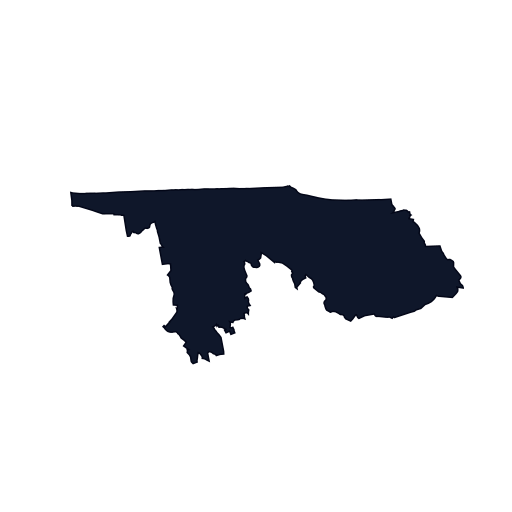 outline of Vega de Alatorre, Veracruz, Mexico, rotated 305°
{"feature_id": "50627088B59302189712162", "entity_name": "Vega de Alatorre", "entity_type": "district", "adm_level": 2, "iso_a3": "MEX", "parent_name": "Mexico", "parent_adm1": "Veracruz", "projection": "robinson", "projection_center": [-96.652, 19.993], "detail": "fine", "context": "isolated", "style": "filled", "palette": "ink", "viewbox_px": 512, "rotation_deg": 305, "n_neighbors": 0, "source": "geoboundaries", "source_scale": "gbopen_adm2", "svg_char_len": 6141}
<svg xmlns="http://www.w3.org/2000/svg" viewBox="0 0 512 512"><g transform="rotate(305 256 256)"><path d="M379.9,333.8L373.6,325.9L373.1,325.0L362.4,310.6L360.1,307.1L359.6,306.1L356.4,302.2L352.5,296.8L345.4,285.9L343.7,282.7L342.3,280.2L339.0,273.0L335.0,262.9L333.3,259.4L332.3,256.9L332.1,255.5L332.1,253.7L332.5,252.1L333.0,251.1L333.1,250.2L332.9,247.8L332.3,245.0L332.6,243.9L332.6,243.2L332.0,243.2L331.6,242.1L332.1,241.7L331.4,242.0L327.7,238.6L316.3,223.3L307.4,211.9L305.9,209.6L304.4,207.8L302.9,205.6L301.7,204.0L298.6,198.9L295.9,195.3L294.2,193.2L290.8,188.5L290.2,187.9L288.6,185.4L286.9,183.4L281.3,175.2L277.6,170.9L275.3,167.9L273.8,165.3L272.7,164.0L271.4,162.0L269.4,159.6L268.0,157.4L265.7,154.7L264.0,152.0L263.0,150.9L261.5,148.7L257.4,143.9L253.3,138.2L250.9,135.3L245.2,127.2L237.3,117.2L229.5,106.7L221.4,96.8L220.2,95.0L215.6,89.1L214.7,87.6L210.0,81.1L208.9,80.0L206.1,76.0L202.5,69.8L201.8,67.9L195.8,73.4L191.9,76.2L192.0,76.7L191.7,77.4L193.7,79.8L194.1,80.8L195.2,82.3L199.7,96.0L200.6,99.3L202.6,106.1L209.1,115.3L208.4,116.0L212.2,121.6L212.1,122.2L213.6,124.4L202.5,135.1L198.5,139.4L199.2,140.5L200.2,141.2L202.0,140.7L203.2,140.8L204.4,140.5L205.0,140.9L205.6,140.9L205.8,141.1L205.8,141.4L205.3,141.4L205.1,142.3L205.5,143.1L205.8,143.2L205.9,143.7L206.2,143.9L206.1,145.2L206.4,146.3L206.7,146.9L208.2,147.7L210.0,148.1L211.1,148.1L213.1,148.7L214.7,148.9L215.4,149.4L216.3,151.1L217.5,152.0L218.5,152.2L221.1,151.1L222.4,151.2L223.9,151.9L225.1,152.9L226.4,153.3L224.3,155.5L221.5,159.0L220.7,160.3L219.4,161.4L216.1,165.6L211.5,170.4L211.3,171.5L210.1,173.9L210.0,174.8L207.5,171.9L195.5,184.1L199.3,188.3L200.5,190.5L199.6,191.1L199.0,191.9L198.4,192.2L195.3,194.7L189.7,194.4L189.7,195.6L189.4,196.8L188.9,197.7L185.2,200.8L183.5,203.0L182.4,205.3L181.2,206.0L180.5,206.9L179.3,209.5L178.8,210.0L178.1,210.7L177.3,211.2L173.9,212.4L170.9,214.4L168.5,216.4L170.6,219.9L167.4,221.9L167.4,221.1L166.4,222.3L164.7,223.4L156.2,223.4L152.4,222.9L152.4,223.2L146.1,222.4L146.3,220.6L144.8,220.4L144.6,222.1L144.1,223.4L143.7,225.6L143.7,227.2L144.4,229.3L145.5,231.0L146.4,231.9L146.9,232.1L147.1,232.7L148.1,233.8L148.1,234.1L148.1,235.3L147.9,236.1L147.6,236.4L147.6,238.3L147.1,239.0L146.9,239.9L145.9,241.7L145.8,245.1L145.4,248.3L140.8,248.3L140.7,254.5L139.6,253.5L139.3,254.1L137.5,255.0L136.9,258.0L135.8,260.3L132.7,263.2L132.2,264.0L131.8,266.2L135.4,268.6L136.1,267.8L139.0,266.4L141.3,265.1L143.7,264.1L143.7,265.0L144.0,265.4L143.9,266.3L143.6,267.0L143.1,268.8L142.2,270.2L141.3,270.7L142.0,272.0L142.5,273.6L142.6,275.5L143.0,277.9L148.8,272.0L150.7,272.2L151.6,274.4L151.7,275.7L151.5,277.1L152.0,278.1L152.0,280.0L151.7,280.6L154.7,282.9L157.2,285.8L159.3,284.2L169.2,274.0L170.3,270.7L170.8,268.1L171.5,266.3L171.9,264.5L172.7,263.2L173.1,261.3L175.4,262.5L177.5,262.8L176.1,264.3L177.6,264.6L177.0,265.8L176.4,266.5L177.6,268.0L178.2,269.4L178.7,273.2L178.5,273.5L177.3,272.7L175.9,275.5L179.3,277.5L177.4,280.4L180.9,282.7L182.8,279.9L183.0,280.1L184.3,277.9L182.9,276.9L182.5,275.9L183.2,275.3L185.5,274.1L186.3,273.4L187.1,272.0L187.7,274.0L188.3,275.2L188.8,275.0L189.6,274.9L190.9,275.2L191.7,275.7L193.4,277.7L194.5,278.7L194.9,278.7L195.9,279.1L197.7,281.5L198.1,283.0L199.5,281.3L200.4,280.8L202.0,279.1L203.9,280.3L204.4,281.8L204.1,283.0L205.7,281.9L207.7,281.0L208.2,279.0L209.1,278.1L210.0,277.7L212.1,279.6L213.1,277.2L214.7,275.5L215.3,275.4L216.3,274.5L216.7,274.0L216.8,273.3L217.0,273.2L217.4,272.1L214.9,271.2L215.8,270.4L218.4,268.6L218.8,269.4L219.1,269.0L222.2,271.0L224.6,272.0L225.9,270.3L226.0,268.8L227.0,267.5L228.0,265.8L228.3,264.0L229.1,262.2L231.1,260.6L232.3,260.4L233.3,260.5L234.5,260.0L237.7,255.0L239.5,252.8L241.2,251.6L242.5,251.5L243.1,251.3L244.2,250.1L244.5,249.3L245.1,249.7L246.4,249.9L246.2,250.8L246.5,251.5L246.5,252.1L246.8,252.9L246.6,253.8L247.1,255.4L247.1,256.2L245.9,257.5L245.5,258.6L245.3,259.5L245.4,260.4L246.4,262.0L246.9,263.1L247.9,264.0L249.5,264.6L250.6,264.4L251.7,263.5L253.6,259.8L255.1,260.5L257.0,260.9L260.5,259.2L261.8,258.2L262.2,264.1L261.3,275.0L262.0,274.8L262.5,275.4L262.6,276.2L263.7,277.7L265.4,281.6L265.5,287.1L265.1,293.0L264.7,294.0L263.7,294.2L263.3,295.5L262.7,296.1L262.1,295.9L260.9,295.9L260.0,296.6L259.2,297.6L258.8,298.7L258.0,299.5L257.0,300.8L255.4,303.7L252.8,306.2L252.7,308.4L253.8,307.3L259.4,307.8L259.7,307.3L261.8,307.2L263.8,307.8L266.6,309.3L267.9,307.6L269.5,307.5L269.0,311.8L269.1,313.8L269.3,314.1L268.7,316.3L267.4,318.4L266.0,320.0L264.9,320.8L263.7,320.8L263.1,321.5L262.6,328.0L263.3,329.8L263.2,332.2L263.5,333.8L262.2,337.4L260.4,338.5L258.1,338.1L256.6,338.6L256.0,339.2L255.4,340.4L254.4,341.4L253.0,343.3L252.5,344.2L252.2,345.1L252.6,348.2L252.5,348.9L252.7,349.3L254.0,350.1L254.7,350.7L256.0,353.0L256.5,356.9L256.4,358.0L256.6,359.0L257.5,360.3L257.7,361.6L257.4,362.8L256.8,363.3L256.0,365.5L257.0,370.9L259.9,371.3L265.2,371.4L265.5,371.9L264.0,374.7L263.9,376.1L269.5,379.3L276.3,386.1L275.5,388.0L275.5,389.1L277.2,391.6L280.4,397.4L281.7,399.4L282.5,399.9L283.1,403.3L285.1,403.4L285.0,404.7L298.5,414.8L301.5,417.3L303.9,418.2L307.6,421.1L313.2,422.3L316.1,424.3L319.2,425.8L322.4,426.5L324.3,426.6L327.3,426.5L327.6,428.3L334.7,440.6L340.0,441.4L342.5,441.5L343.8,440.9L345.1,439.9L345.3,439.0L345.8,438.4L348.6,444.1L349.1,443.7L350.2,442.1L350.5,439.4L351.9,436.9L352.6,436.0L355.0,436.3L355.8,436.1L356.4,435.9L357.1,434.9L359.3,427.1L360.3,424.1L363.9,421.7L364.6,420.7L364.6,418.4L364.4,416.8L362.9,415.1L362.8,414.1L363.0,413.3L364.6,409.4L365.7,407.7L365.9,406.6L366.7,404.9L369.7,400.9L361.0,389.4L362.1,388.5L363.4,386.1L364.6,385.4L366.0,381.2L368.2,376.5L370.2,375.7L371.2,375.0L372.2,374.0L372.6,373.2L373.7,370.7L374.4,366.2L374.2,365.5L374.2,364.9L376.2,364.0L374.3,359.9L374.9,359.6L376.1,359.6L377.0,359.3L377.2,358.9L378.5,359.5L378.5,358.8L378.9,357.8L380.2,356.5L379.3,355.2L379.7,354.3L379.7,353.0L378.2,350.4L377.6,350.3L375.4,348.1L375.0,348.1L374.0,347.2L369.7,343.1L371.3,343.5L372.4,343.1L374.4,342.9L375.2,341.4L375.1,340.4L375.6,339.9L375.7,338.7L376.4,337.4L379.9,333.8Z" fill="#0f172a" stroke="#020617" stroke-width="1.5"/></g></svg>